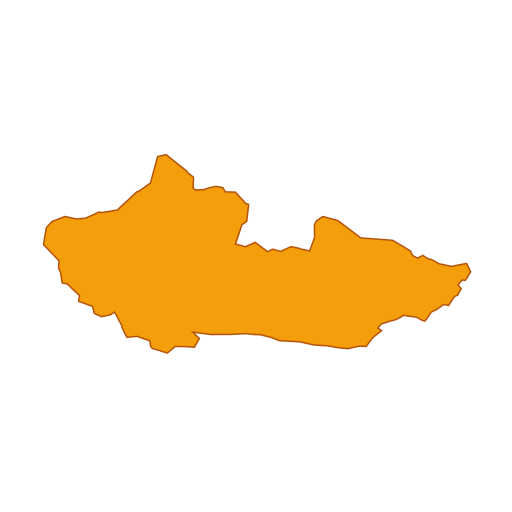 Oruk Anam, Akwa Ibom, Nigeria, rotated 64°
{"feature_id": "59680162B34726688570577", "entity_name": "Oruk Anam", "entity_type": "district", "adm_level": 2, "iso_a3": "NGA", "parent_name": "Nigeria", "parent_adm1": "Akwa Ibom", "projection": "natural_earth1", "projection_center": [7.671, 4.827], "detail": "fine", "context": "isolated", "style": "filled", "palette": "amber", "viewbox_px": 512, "rotation_deg": 64, "n_neighbors": 0, "source": "geoboundaries", "source_scale": "gbopen_adm2", "svg_char_len": 1668}
<svg xmlns="http://www.w3.org/2000/svg" viewBox="0 0 512 512"><g transform="rotate(64 256 256)"><path d="M355.0,70.0L350.9,85.2L345.5,91.8L343.6,94.6L336.3,99.6L333.9,102.6L328.6,105.8L328.7,111.8L324.4,114.9L319.1,115.0L301.9,126.2L300.1,129.2L285.7,153.9L260.0,166.9L249.8,178.6L250.9,186.2L253.6,189.9L265.0,195.2L275.1,205.7L271.5,209.7L270.0,212.1L267.7,214.2L262.9,220.5L262.6,231.8L257.2,238.0L257.2,243.6L243.4,250.8L243.0,261.5L236.2,269.2L221.7,254.9L220.9,249.2L206.4,240.0L204.3,242.2L189.6,246.5L184.9,255.5L180.1,255.8L175.8,261.5L174.0,269.2L173.5,273.6L170.2,281.4L167.3,282.7L157.9,277.6L151.4,280.8L150.1,280.7L129.2,290.6L125.6,292.3L123.5,300.8L138.1,313.6L144.1,318.9L146.3,332.0L146.2,335.2L153.0,357.8L154.0,360.3L149.4,375.4L147.7,377.7L147.3,392.5L144.0,401.1L136.7,410.5L135.6,424.3L138.7,432.1L152.6,442.0L174.0,435.1L180.5,438.9L184.4,438.7L195.2,442.0L198.3,438.0L214.1,432.0L219.0,435.3L229.6,425.0L236.7,426.5L242.9,421.4L245.0,412.9L244.4,407.6L260.5,407.2L261.3,407.8L272.5,407.7L276.0,398.3L285.8,388.5L290.6,390.3L293.5,389.8L304.4,378.2L301.9,368.2L306.9,358.4L311.0,351.4L305.4,343.1L296.8,346.1L306.7,331.1L315.1,313.8L321.3,299.2L325.5,292.6L328.8,286.4L335.4,278.6L342.4,272.0L352.3,254.3L361.3,243.0L367.9,231.4L373.9,223.1L379.6,214.0L382.1,203.2L385.6,196.6L380.6,187.1L378.2,175.8L374.3,178.0L372.0,173.7L373.1,165.3L374.3,159.3L374.6,154.1L374.0,149.3L375.1,147.9L381.3,138.6L386.8,134.8L388.5,132.3L383.2,123.0L383.3,116.7L382.8,114.6L381.8,108.6L384.9,104.6L379.4,95.4L379.5,91.5L377.8,89.8L375.5,86.0L370.3,86.9L368.0,81.1L369.7,78.4L364.4,70.0L355.0,70.0Z" fill="#f59e0b" stroke="#b45309" stroke-width="1.5"/></g></svg>